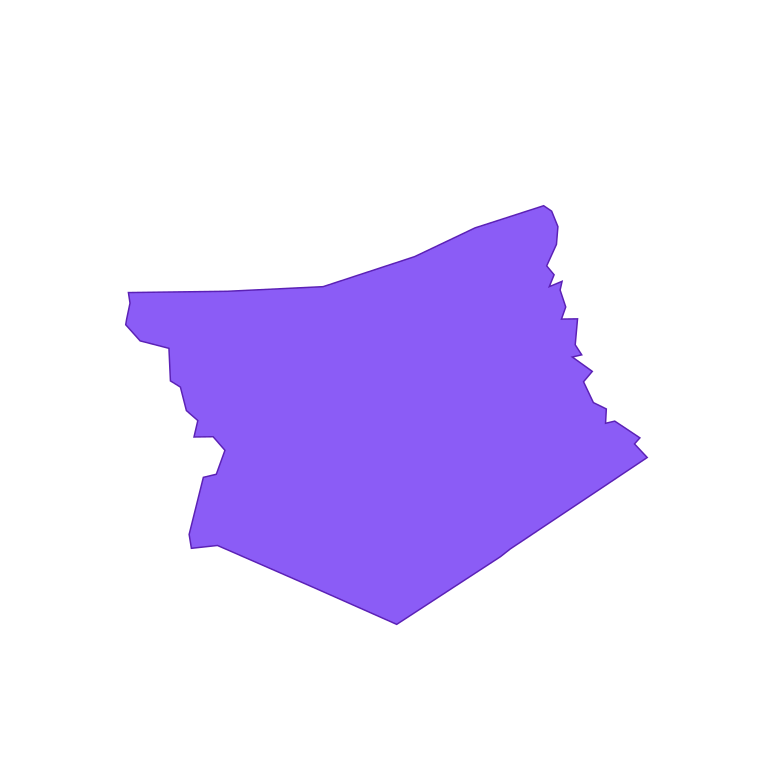 the district of Guadalupe, Texas, United States of America, rotated 23°
{"feature_id": "52423323B15867360599504", "entity_name": "Guadalupe", "entity_type": "district", "adm_level": 2, "iso_a3": "USA", "parent_name": "United States of America", "parent_adm1": "Texas", "projection": "albers", "projection_center": [-97.953, 29.612], "detail": "fine", "context": "isolated", "style": "filled", "palette": "violet", "viewbox_px": 768, "rotation_deg": 23, "n_neighbors": 0, "source": "geoboundaries", "source_scale": "gbopen_adm2", "svg_char_len": 806}
<svg xmlns="http://www.w3.org/2000/svg" viewBox="0 0 768 768"><g transform="rotate(23 384 384)"><path d="M113.0,399.7L118.6,408.8L121.8,425.1L123.1,430.4L142.7,439.6L172.1,435.2L186.2,464.6L197.8,466.4L212.5,485.7L226.9,490.4L229.8,507.0L247.3,499.3L263.5,507.2L264.9,532.6L254.2,540.5L263.4,598.6L270.9,610.5L293.8,597.7L396.8,598.8L489.6,600.3L558.7,497.4L564.6,486.6L629.6,387.6L655.0,348.8L638.0,341.3L640.6,333.6L610.9,328.0L603.3,333.6L598.4,320.1L584.0,319.3L566.8,304.0L570.8,291.0L546.8,285.6L554.6,279.9L544.7,273.2L536.7,248.4L522.0,254.9L521.2,242.1L509.4,228.7L507.8,219.9L498.1,229.8L497.9,217.0L487.6,211.7L488.2,188.1L482.6,171.2L470.8,159.4L461.3,157.5L406.8,204.7L362.4,254.8L360.9,256.1L289.9,318.2L203.7,359.8L113.0,399.7Z" fill="#8b5cf6" stroke="#5b21b6" stroke-width="1.5"/></g></svg>